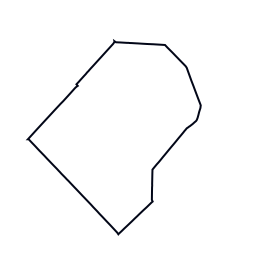 Adelaide, South Australia, Australia (Mercator projection), rotated 50°
{"feature_id": "25037944B32453744991132", "entity_name": "Adelaide", "entity_type": "district", "adm_level": 2, "iso_a3": "AUS", "parent_name": "Australia", "parent_adm1": "South Australia", "projection": "mercator", "projection_center": [138.601, -34.92], "detail": "fine", "context": "isolated", "style": "outline", "palette": "ink", "viewbox_px": 256, "rotation_deg": 50, "n_neighbors": 0, "source": "geoboundaries", "source_scale": "gbopen_adm2", "svg_char_len": 2124}
<svg xmlns="http://www.w3.org/2000/svg" viewBox="0 0 256 256"><g transform="rotate(50 128 128)"><path d="M88.2,46.3L85.7,48.9L80.2,54.7L75.8,59.5L72.3,63.2L70.0,65.6L68.7,67.0L67.0,68.8L65.2,70.7L63.7,72.4L63.4,72.6L61.8,74.4L58.3,78.1L56.9,79.6L54.6,82.1L53.6,82.4L52.8,82.6L53.0,82.7L53.3,83.2L53.6,83.9L53.8,84.5L54.0,85.3L55.1,93.5L56.1,100.8L57.1,108.2L58.1,115.6L58.4,118.1L58.7,120.1L58.8,120.8L59.0,121.8L59.1,123.3L59.6,125.9L59.9,128.4L60.6,133.5L61.0,136.0L61.2,138.0L61.3,138.6L61.4,139.4L62.2,139.4L63.4,139.4L63.3,140.4L63.3,142.1L63.4,143.2L64.2,148.7L65.8,160.4L66.2,164.8L66.3,165.4L67.1,172.0L70.4,197.8L72.3,211.9L72.8,211.3L73.3,211.3L75.5,211.2L78.7,211.0L80.0,210.9L83.2,210.7L85.5,210.6L89.0,210.4L91.3,210.2L91.7,210.2L95.5,209.9L99.7,209.7L102.6,209.5L104.2,209.4L108.6,209.1L110.0,209.0L112.5,208.8L114.0,208.7L116.5,208.6L117.5,208.5L120.4,208.4L125.3,208.0L127.0,207.9L127.9,207.9L128.5,207.8L130.7,207.6L132.9,207.5L138.0,207.2L142.5,206.9L147.4,206.6L150.9,206.4L156.8,206.0L163.0,205.6L166.2,205.5L169.3,205.3L172.2,205.1L172.3,205.1L175.4,205.0L179.7,204.7L185.2,204.4L191.3,204.0L195.2,203.8L197.2,203.7L201.2,203.5L203.2,203.7L203.1,203.2L202.9,199.2L202.6,195.4L202.4,191.5L202.2,188.3L202.0,185.1L201.7,181.3L201.6,179.6L201.5,177.7L201.3,175.3L201.2,173.7L201.1,172.2L200.9,169.1L200.7,164.5L200.4,160.5L200.2,157.8L200.2,156.4L198.4,155.9L191.9,150.3L190.3,148.9L188.7,147.5L187.8,146.6L186.3,145.4L185.5,144.7L178.3,138.4L175.6,136.0L175.1,133.5L174.7,131.3L174.3,129.1L174.0,126.8L173.6,124.5L172.6,119.4L172.3,117.6L172.0,116.0L171.0,110.6L170.3,106.8L169.8,103.8L169.2,100.5L168.2,95.3L167.9,93.5L167.0,88.5L166.5,86.2L166.5,85.8L166.0,83.2L166.2,81.4L166.2,80.4L166.3,79.7L166.4,79.1L166.4,78.2L166.5,76.2L166.5,75.6L166.4,73.4L166.4,72.1L166.4,71.5L166.3,71.0L166.1,70.3L165.8,69.6L165.4,69.0L165.0,68.2L163.7,66.3L163.3,65.7L161.6,63.4L160.0,60.9L159.4,59.9L158.9,59.3L158.4,58.8L157.4,57.7L155.1,56.9L151.0,55.5L141.9,52.3L137.7,50.8L131.8,48.8L131.6,48.7L119.6,44.3L117.7,44.1L109.8,44.7L98.4,45.5L91.7,46.1L88.2,46.3Z" fill="none" stroke="#020617" stroke-width="2"/></g></svg>